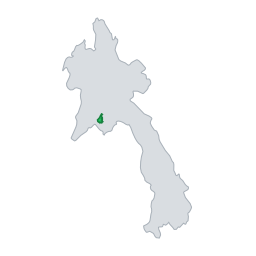 location of Phonhong, Vientiane, Laos, rotated 5°
{"feature_id": "54806243B58411592743301", "entity_name": "Phonhong", "entity_type": "district", "adm_level": 2, "iso_a3": "LAO", "parent_name": "Laos", "parent_adm1": "Vientiane", "projection": "equal_earth", "projection_center": [102.429, 18.485], "detail": "fine", "context": "in_parent", "style": "filled", "palette": "green", "viewbox_px": 256, "rotation_deg": 5, "n_neighbors": 0, "source": "geoboundaries", "source_scale": "gbopen_adm2", "svg_char_len": 4866}
<svg xmlns="http://www.w3.org/2000/svg" viewBox="0 0 256 256"><g transform="rotate(5 128 128)"><path d="M95.0,23.9L96.0,26.3L100.7,32.6L101.6,34.3L103.3,35.6L104.8,41.2L105.4,41.6L106.2,41.2L106.8,40.4L107.3,38.2L107.6,38.0L108.1,39.8L109.5,40.3L110.1,41.1L110.2,42.5L110.1,43.9L108.9,47.1L108.3,51.4L112.9,60.6L114.9,61.9L119.6,63.4L122.7,65.4L124.2,64.9L125.6,62.7L127.3,61.4L130.4,59.4L131.3,59.3L133.0,60.1L135.9,62.4L140.2,66.7L140.1,67.8L139.3,69.0L137.0,70.7L136.3,71.8L136.7,72.2L138.6,72.5L140.9,73.4L141.6,74.6L142.0,77.1L142.4,77.6L144.5,77.3L145.2,77.7L145.9,78.5L146.7,80.7L146.7,82.3L144.6,85.1L144.4,86.8L143.3,88.8L140.4,92.2L139.7,92.4L134.4,90.5L130.1,90.8L129.8,91.5L130.5,93.5L130.7,95.6L130.1,97.1L127.7,99.1L127.6,100.0L128.1,100.9L131.6,102.7L142.9,112.5L148.1,114.3L150.3,115.6L150.9,116.3L150.9,117.1L150.3,118.2L149.8,120.1L149.8,121.3L150.4,122.4L151.3,124.0L154.4,127.8L156.8,128.6L159.2,132.9L160.0,136.6L161.2,139.0L167.1,147.1L172.0,152.1L175.0,157.4L176.4,158.7L176.9,160.6L177.3,166.3L179.0,169.1L179.4,170.2L180.1,171.1L180.9,171.2L182.6,169.4L183.0,169.6L183.8,172.6L184.5,173.7L187.1,175.6L189.9,179.2L191.4,180.5L193.3,181.5L193.5,182.6L193.2,183.8L192.6,184.5L189.4,186.6L189.0,187.5L191.2,192.2L196.5,197.9L198.2,201.3L197.9,203.0L196.5,206.3L195.4,207.2L195.1,208.2L195.9,211.0L195.9,215.2L194.8,216.2L193.9,218.7L193.3,218.9L191.6,218.0L188.2,222.4L186.7,222.2L185.0,224.7L182.8,225.0L181.3,223.2L178.0,220.2L176.8,218.4L175.8,219.9L174.1,221.5L171.6,220.9L171.0,223.1L170.5,223.5L167.6,223.9L167.0,224.3L167.5,226.3L169.3,229.7L169.8,231.7L168.8,234.9L165.7,234.8L164.3,233.5L162.6,230.8L158.7,229.0L156.1,230.2L155.3,230.2L153.3,227.9L152.6,226.4L152.1,224.2L155.1,222.4L156.6,221.0L157.6,219.6L158.0,218.0L158.4,211.7L158.9,209.4L158.6,206.7L157.8,204.5L157.8,201.3L158.2,198.6L159.3,197.3L160.1,195.4L160.5,191.2L160.2,190.1L159.1,189.1L157.2,188.1L156.0,186.9L155.5,185.4L155.5,184.0L156.1,182.9L154.7,181.6L151.3,180.2L149.4,178.6L149.0,176.6L147.5,174.1L145.1,170.9L143.8,166.3L143.6,160.4L143.9,155.6L144.9,150.0L143.5,146.0L141.9,143.8L139.8,142.3L137.7,140.0L135.7,137.1L133.3,132.8L130.6,127.1L128.7,124.5L127.8,125.1L125.8,124.6L122.8,123.0L120.2,122.1L117.9,121.9L116.4,122.3L115.8,123.2L115.7,124.0L116.3,124.9L116.0,125.5L114.8,126.0L113.9,127.0L112.8,129.0L112.1,131.8L110.9,132.8L109.2,133.1L107.5,133.9L105.9,135.2L105.1,136.2L105.2,136.9L104.8,137.0L104.0,136.7L103.6,135.8L103.6,134.3L102.8,133.4L101.0,132.9L99.1,131.4L95.3,127.4L94.4,127.2L93.2,128.3L91.5,130.5L90.2,131.3L89.2,130.9L88.3,131.7L87.8,133.7L86.7,135.3L81.6,139.5L77.0,145.0L75.9,145.5L73.1,144.0L72.2,142.9L76.0,131.7L76.6,128.9L76.5,125.3L74.9,122.3L74.8,121.5L75.1,120.5L77.1,117.1L79.3,108.1L79.2,105.4L78.2,102.3L77.7,99.4L78.1,95.5L78.0,93.9L76.9,93.2L73.4,92.4L71.4,93.0L70.5,94.1L69.3,94.8L67.1,95.1L65.0,93.8L63.3,91.5L62.9,88.8L65.1,82.8L65.6,80.5L65.6,79.4L65.2,78.3L64.7,78.1L63.6,76.7L62.5,74.3L61.5,73.1L60.6,73.4L59.7,74.3L58.2,76.6L57.8,76.3L59.1,68.1L60.3,64.6L61.7,63.0L63.2,62.3L64.8,62.6L66.1,62.3L67.2,61.4L67.1,60.9L65.8,60.8L65.4,59.9L65.6,58.1L66.2,57.0L67.1,56.5L67.9,54.7L68.7,51.7L69.7,50.2L70.9,50.2L72.9,48.9L75.7,46.4L76.8,43.9L77.8,45.0L77.4,47.9L78.0,48.5L78.2,49.5L78.1,51.1L78.3,52.4L78.7,53.1L79.4,53.4L82.4,52.2L84.2,52.2L87.2,54.2L88.9,52.7L89.0,52.1L87.5,50.2L88.0,43.0L87.8,37.5L85.3,33.5L84.8,31.9L84.6,29.3L83.9,27.0L85.7,25.2L86.6,21.9L87.8,21.1L88.2,21.2L89.7,23.7L91.6,22.4L93.1,22.5L94.3,23.1L95.0,23.9Z" fill="#d9dde1" stroke="#a8b0b8" stroke-width="1"/><path d="M96.9,122.6L97.0,122.8L97.1,123.1L97.1,123.3L97.2,123.5L97.3,123.9L97.3,124.0L97.5,124.1L97.8,124.4L97.9,124.5L98.0,124.6L98.2,124.4L98.3,124.4L98.5,124.5L98.8,124.7L99.0,124.7L99.1,124.8L99.3,124.9L99.3,125.0L99.5,125.0L99.4,125.0L99.5,125.1L99.8,125.1L99.9,124.9L99.9,125.0L100.0,125.0L100.0,124.9L100.0,125.0L100.1,124.9L100.3,124.8L100.3,124.7L100.5,124.7L100.7,124.8L100.8,125.0L101.0,125.2L101.3,125.2L101.5,125.0L101.7,124.9L101.7,124.6L101.7,124.4L101.8,124.1L101.8,123.9L101.8,123.7L101.7,123.6L101.8,123.6L101.7,123.5L101.8,123.5L101.8,123.4L101.7,123.4L101.7,123.5L101.7,123.4L101.8,123.4L101.7,123.3L101.7,123.2L101.5,122.9L101.4,122.9L101.4,122.7L101.5,122.5L101.6,122.4L101.6,122.1L101.7,121.9L101.7,121.7L101.7,121.4L101.4,121.3L101.2,121.6L100.9,121.4L100.9,121.2L100.7,121.0L100.8,120.9L101.0,120.8L101.0,120.7L101.3,120.7L101.5,120.5L101.5,120.4L101.6,120.2L101.5,119.9L101.3,119.8L101.2,119.6L101.1,119.4L100.9,119.3L100.8,119.1L100.6,119.0L100.6,118.9L100.6,118.6L100.6,118.4L100.6,118.1L100.6,117.9L100.6,117.7L100.7,117.4L100.7,117.2L100.8,117.1L100.7,117.1L100.7,116.9L100.8,116.8L100.8,116.7L100.7,116.7L100.7,116.8L100.6,116.7L100.7,116.2L100.7,115.9L100.7,115.7L100.0,117.2L99.7,117.8L99.4,118.4L99.0,119.7L98.7,120.3L97.9,121.4L96.9,122.6Z" fill="#22c55e" stroke="#15803d" stroke-width="1.5"/></g></svg>